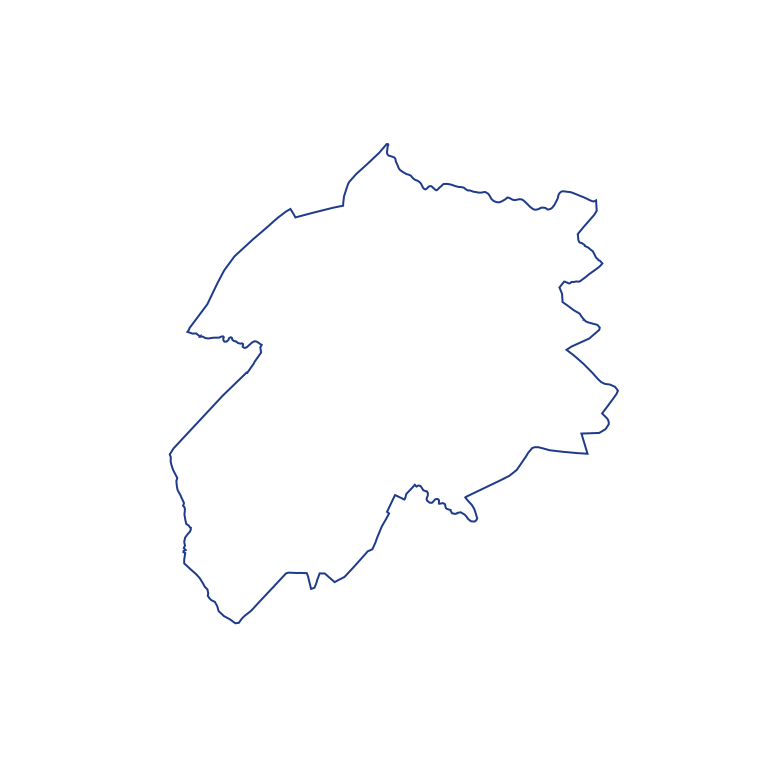 Moshi Urban, Kilimanjaro, United Republic of Tanzania, rotated 133°
{"feature_id": "72390352B76512132105243", "entity_name": "Moshi Urban", "entity_type": "district", "adm_level": 2, "iso_a3": "TZA", "parent_name": "United Republic of Tanzania", "parent_adm1": "Kilimanjaro", "projection": "albers", "projection_center": [37.332, -3.346], "detail": "fine", "context": "isolated", "style": "outline", "palette": "blue", "viewbox_px": 768, "rotation_deg": 133, "n_neighbors": 0, "source": "geoboundaries", "source_scale": "gbopen_adm2", "svg_char_len": 6118}
<svg xmlns="http://www.w3.org/2000/svg" viewBox="0 0 768 768"><g transform="rotate(133 384 384)"><path d="M206.8,545.7L218.1,545.2L235.4,546.3L249.0,547.5L259.8,547.3L262.3,546.7L273.9,541.3L279.5,537.2L281.5,535.5L286.5,539.1L290.2,541.7L307.6,553.0L322.6,562.4L321.6,565.3L319.8,571.8L324.7,573.3L334.0,574.9L340.0,575.6L349.0,576.4L367.8,578.5L384.7,579.8L392.7,580.4L409.7,578.4L423.8,574.6L446.1,567.6L475.6,564.4L477.3,563.7L479.5,563.3L479.9,563.3L477.8,558.5L475.1,555.8L474.8,551.4L474.3,551.2L475.1,550.9L472.9,548.9L472.3,546.1L470.6,543.6L466.1,540.0L462.7,536.3L460.0,535.2L458.8,533.9L459.1,533.0L460.6,532.4L461.5,531.3L461.9,529.6L460.1,527.9L457.7,527.9L455.9,528.6L454.3,527.9L454.0,526.6L455.0,525.3L455.0,523.6L454.0,521.3L453.8,521.3L453.6,518.7L452.4,516.5L451.1,515.6L450.9,514.3L453.1,512.8L453.1,511.6L452.5,510.3L450.5,509.4L443.6,508.8L440.9,507.8L439.7,505.6L439.2,502.1L438.8,500.1L441.5,499.5L444.9,495.3L456.0,493.8L457.8,493.2L469.1,491.6L469.2,492.3L502.5,494.0L574.4,494.0L581.6,492.7L583.0,489.9L586.1,487.3L588.2,484.2L590.5,480.0L591.7,476.9L593.7,471.1L596.7,469.6L600.0,465.8L602.1,463.0L602.8,461.3L604.2,456.8L605.4,454.3L606.1,452.4L607.5,449.1L608.4,448.6L610.1,447.9L610.1,446.2L611.0,444.6L613.2,442.7L615.5,441.0L619.1,436.3L621.2,433.2L620.7,430.2L621.2,428.0L620.9,427.1L621.7,426.6L622.4,425.9L624.5,425.2L627.8,425.2L632.0,424.7L635.8,422.4L637.9,419.3L640.5,418.6L640.7,415.8L642.9,416.7L643.8,416.0L643.2,414.1L648.9,410.2L651.5,407.7L651.4,397.9L651.2,391.7L651.7,386.2L653.4,380.0L654.6,376.6L654.6,373.1L656.9,369.9L659.1,368.4L659.8,365.4L659.8,362.7L658.7,359.2L660.1,354.7L662.9,350.0L662.9,342.7L661.2,336.3L660.4,329.6L657.7,327.3L653.9,327.8L652.2,327.9L648.6,327.8L640.4,326.5L628.7,326.6L608.9,326.5L607.8,326.3L607.5,326.5L589.3,326.5L587.0,325.1L581.4,318.5L579.9,317.1L575.0,311.5L576.5,308.4L583.6,297.6L580.5,295.9L577.5,297.0L574.4,298.3L573.8,298.8L572.5,299.4L570.8,300.0L568.5,301.0L566.4,301.9L563.0,298.1L562.6,286.5L562.6,285.0L557.6,283.3L552.0,281.3L539.2,281.3L527.7,281.5L517.5,281.8L512.8,279.8L506.1,282.0L501.1,284.2L489.6,288.5L480.4,290.6L475.2,292.0L475.4,294.6L457.7,300.2L455.5,293.3L455.5,293.2L455.4,292.9L454.7,290.4L454.2,290.3L453.4,290.6L452.1,291.1L450.5,292.0L449.2,292.7L440.6,292.6L436.7,292.7L436.9,290.7L436.8,290.2L435.3,289.9L434.4,289.2L433.7,287.5L434.9,282.6L433.6,279.7L433.3,279.5L433.7,278.0L433.8,277.7L434.5,276.9L435.3,276.2L436.6,275.5L437.6,275.2L438.8,274.6L439.4,274.1L439.9,272.9L439.7,269.8L438.8,268.5L437.8,267.8L433.6,267.9L432.6,267.4L431.5,266.2L431.3,265.3L431.8,264.2L432.9,263.3L433.7,262.6L434.0,262.0L432.5,260.8L431.0,259.8L430.3,257.4L431.0,256.4L431.9,255.3L432.5,254.0L432.5,253.1L432.2,252.2L431.8,251.4L431.1,250.0L430.7,249.4L431.3,248.8L432.1,246.0L430.5,243.4L429.4,242.7L429.4,242.8L428.0,242.3L425.5,240.4L424.5,235.8L424.7,233.2L425.4,230.2L425.0,226.6L423.0,224.1L422.6,223.9L421.1,223.6L418.9,224.0L416.3,228.2L413.8,232.9L412.5,237.5L412.2,242.5L411.6,247.0L410.4,246.8L410.4,247.0L371.8,231.9L371.8,232.0L365.7,229.7L356.2,228.3L345.0,230.0L344.7,230.1L340.6,230.6L337.2,231.4L335.4,231.7L329.7,231.9L327.2,230.5L324.9,227.9L322.8,224.1L319.5,217.7L311.1,206.3L302.8,195.6L296.2,187.6L285.6,205.8L273.0,193.2L266.0,191.2L264.2,191.4L260.1,192.2L258.4,193.9L257.1,196.6L256.8,204.4L246.1,205.5L233.0,207.1L229.4,208.3L228.5,213.0L230.3,218.4L233.2,222.4L234.5,226.4L234.5,230.6L233.7,239.3L233.2,252.2L233.6,264.0L234.5,273.8L228.7,272.4L210.8,264.9L197.6,263.5L195.6,264.7L195.2,268.2L199.7,276.7L200.6,279.2L200.4,282.3L200.5,282.3L200.4,282.4L200.0,285.4L199.1,288.8L200.6,295.6L201.6,304.5L202.3,309.3L196.6,315.3L194.1,320.7L193.8,321.5L186.3,322.1L185.8,321.6L185.7,320.9L185.0,319.4L184.5,317.7L184.0,317.0L183.3,316.6L181.5,316.5L179.7,314.5L178.0,313.5L177.4,312.7L176.5,311.5L175.2,310.7L171.2,310.0L168.8,309.5L164.0,308.9L153.4,306.8L150.2,306.4L146.9,306.5L146.6,310.2L147.2,311.8L146.9,312.6L147.0,314.9L144.5,321.8L144.9,325.3L144.9,327.6L146.1,331.3L145.5,332.0L146.0,335.3L147.1,337.6L146.2,340.0L143.1,343.4L142.4,344.5L133.4,345.1L116.9,345.6L112.2,346.6L105.1,354.1L106.4,354.6L107.6,355.2L108.4,356.7L109.3,359.0L110.2,362.2L111.5,366.0L112.7,368.9L113.9,372.2L115.9,377.3L116.8,378.9L118.7,381.4L119.6,382.8L121.4,385.0L122.7,385.6L124.3,385.8L125.9,385.6L127.7,384.8L128.9,384.0L130.7,383.2L135.8,381.8L137.4,381.4L138.7,381.4L140.0,381.2L141.8,381.4L143.9,382.5L144.6,383.1L144.8,383.5L144.9,384.3L145.1,385.0L145.1,385.9L146.0,387.3L146.6,387.9L147.3,388.9L149.0,389.8L150.0,389.9L150.9,390.4L152.6,391.5L153.5,392.4L154.4,394.0L154.6,396.0L154.8,398.3L154.6,402.8L154.6,406.3L154.8,408.3L155.4,409.6L156.3,410.8L158.6,412.5L159.7,413.2L160.6,414.1L161.2,415.1L161.7,416.2L162.3,418.8L162.7,419.8L163.5,421.0L166.1,421.2L169.7,422.3L170.9,422.8L172.2,423.4L173.2,424.3L174.1,425.6L174.9,427.2L175.4,429.1L175.4,431.0L175.2,432.6L174.5,434.2L174.1,435.8L173.8,437.5L174.4,440.4L174.7,441.1L175.7,441.9L176.6,442.6L178.0,443.6L179.9,445.9L180.6,447.2L181.8,448.9L182.6,450.2L183.6,452.7L184.4,453.9L185.2,454.5L185.7,456.5L186.0,459.7L187.0,461.2L187.6,462.2L188.5,463.2L189.4,464.5L190.8,467.2L191.4,468.6L192.0,470.1L193.5,472.7L195.0,474.8L196.1,475.7L196.4,476.2L196.8,476.6L197.4,476.9L198.4,477.1L199.8,477.0L200.6,477.1L201.1,477.1L201.6,477.3L203.2,477.4L205.4,477.4L206.1,477.6L206.6,477.8L206.8,478.3L206.9,478.9L207.0,481.3L207.0,482.4L206.9,483.1L207.1,484.3L207.4,484.8L208.8,485.8L209.7,486.0L210.5,485.9L211.9,486.0L212.7,486.1L213.3,486.4L213.7,486.8L213.9,487.5L213.9,488.9L213.5,490.2L213.2,491.0L212.8,492.2L212.4,493.1L212.2,494.0L212.1,495.8L212.2,496.8L212.3,497.5L213.5,500.7L213.7,502.4L213.7,504.1L213.4,505.8L213.4,506.7L214.0,508.5L215.0,510.5L215.3,511.4L215.4,512.1L215.7,512.8L216.2,515.4L216.4,516.5L216.5,518.8L215.9,521.0L215.3,522.0L213.1,527.3L212.5,527.9L211.6,529.4L211.4,530.0L211.3,531.0L212.4,533.6L213.7,536.2L213.9,536.9L213.7,537.8L213.3,538.8L212.7,539.7L210.8,541.1L209.3,542.2L207.9,543.3L206.2,543.9L205.9,544.3L205.9,544.8L206.3,545.3L206.8,545.7Z" fill="none" stroke="#1e3a8a" stroke-width="2"/></g></svg>